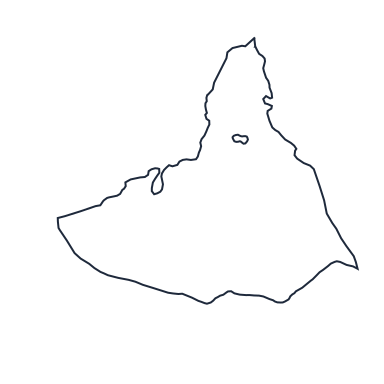 outline of Åre, Jämtland, Sweden, rotated 254°
{"feature_id": "70781695B29171482831525", "entity_name": "Åre", "entity_type": "district", "adm_level": 2, "iso_a3": "SWE", "parent_name": "Sweden", "parent_adm1": "Jämtland", "projection": "albers", "projection_center": [13.184, 63.496], "detail": "fine", "context": "isolated", "style": "outline", "palette": "slate", "viewbox_px": 384, "rotation_deg": 254, "n_neighbors": 0, "source": "geoboundaries", "source_scale": "gbopen_adm2", "svg_char_len": 2855}
<svg xmlns="http://www.w3.org/2000/svg" viewBox="0 0 384 384"><g transform="rotate(254 192 192)"><path d="M240.2,215.8L237.2,213.6L233.5,213.4L230.1,211.3L228.0,209.5L224.5,207.4L222.4,204.9L223.1,199.8L224.9,195.7L225.4,192.0L224.7,188.3L222.1,185.4L222.1,180.3L224.1,177.3L222.7,174.4L220.9,171.2L218.1,168.2L215.4,166.8L212.6,166.6L207.4,166.2L202.8,163.9L201.0,161.6L200.3,158.2L200.3,155.0L203.9,153.6L206.9,154.5L211.9,157.0L214.7,160.0L217.4,163.2L219.5,165.9L223.2,166.8L224.1,165.4L225.0,163.1L225.0,159.3L224.0,156.1L220.6,154.5L219.4,150.8L220.3,146.3L221.0,136.5L219.6,130.6L215.9,129.9L213.9,127.6L213.2,125.6L210.0,122.4L209.1,119.0L209.3,116.0L209.7,110.8L209.7,108.8L208.4,105.2L207.7,104.0L204.5,100.2L205.0,95.4L204.2,79.4L203.8,63.0L204.0,55.8L200.4,54.9L194.2,53.8L191.6,54.5L179.9,58.3L165.6,62.3L158.7,66.6L151.3,73.4L145.8,77.2L140.4,82.0L138.0,85.0L135.2,88.2L129.8,97.4L125.0,106.9L121.4,112.8L116.3,119.2L110.3,128.4L105.2,136.1L101.8,141.2L99.7,145.8L97.7,150.8L96.9,154.6L90.4,162.9L85.6,168.1L83.9,170.6L81.7,173.5L80.5,175.6L80.6,179.6L81.7,182.4L83.4,185.2L83.9,187.9L84.6,190.5L84.6,193.8L86.0,197.5L86.5,199.2L85.8,202.3L82.9,204.8L80.2,209.6L78.0,215.5L77.0,219.1L75.5,223.0L73.9,227.9L71.9,231.8L67.7,237.0L65.6,240.1L63.9,241.5L62.4,243.6L61.3,246.8L60.8,248.8L61.1,251.1L62.1,255.2L63.3,256.6L64.6,257.7L65.9,260.2L66.5,262.5L67.9,264.5L69.6,271.6L74.0,281.7L74.8,283.9L77.6,288.9L79.7,292.5L81.0,296.5L83.3,302.3L84.9,305.7L85.5,309.9L85.5,312.1L83.9,315.2L79.3,320.5L76.1,326.3L72.7,329.9L72.6,330.0L79.6,330.2L85.7,329.8L90.6,328.0L97.4,325.5L106.4,322.6L116.9,320.6L123.5,318.3L134.1,315.6L147.6,316.7L162.6,316.3L180.4,315.4L184.8,312.8L189.0,307.4L195.1,302.3L199.1,300.7L203.3,302.5L204.7,304.2L208.4,303.0L211.9,300.6L216.8,296.0L221.9,293.4L225.9,291.7L228.6,289.1L231.9,287.0L232.6,286.9L239.1,286.1L246.6,286.0L249.1,287.1L250.3,291.3L252.7,292.5L255.7,288.9L257.0,286.6L261.7,286.1L263.8,289.6L260.4,292.9L260.6,295.0L265.1,295.8L270.9,295.3L273.7,296.0L277.9,295.9L281.4,294.7L288.4,294.4L291.4,294.6L294.7,296.6L297.5,298.2L300.3,298.6L303.3,297.2L306.3,294.6L310.7,293.6L314.2,293.0L314.3,292.7L314.5,292.9L322.5,294.2L323.2,295.1L317.4,283.4L318.8,280.3L319.2,270.6L316.5,264.5L315.8,264.2L311.1,262.0L291.0,243.4L284.9,240.2L281.1,234.0L281.2,233.7L280.8,233.2L278.5,231.8L275.2,231.2L273.6,229.4L271.0,228.5L267.3,228.1L263.9,228.1L262.5,226.0L258.3,226.1L255.8,228.2L252.1,227.3L249.3,224.8L246.3,222.5L242.8,219.5L241.4,217.5L240.2,215.8ZM225.5,258.9L224.0,256.7L224.2,254.9L225.0,254.2L226.9,252.9L227.6,252.0L227.6,250.1L228.0,248.3L229.1,246.7L232.2,246.0L232.3,246.0L233.5,246.1L234.5,247.6L234.7,249.7L234.4,251.9L232.9,253.5L232.1,254.5L231.6,255.6L231.4,257.1L231.0,258.6L230.2,259.9L229.0,260.2L227.0,260.2L226.5,259.8L225.5,258.9Z" fill="none" stroke="#1e293b" stroke-width="2"/></g></svg>